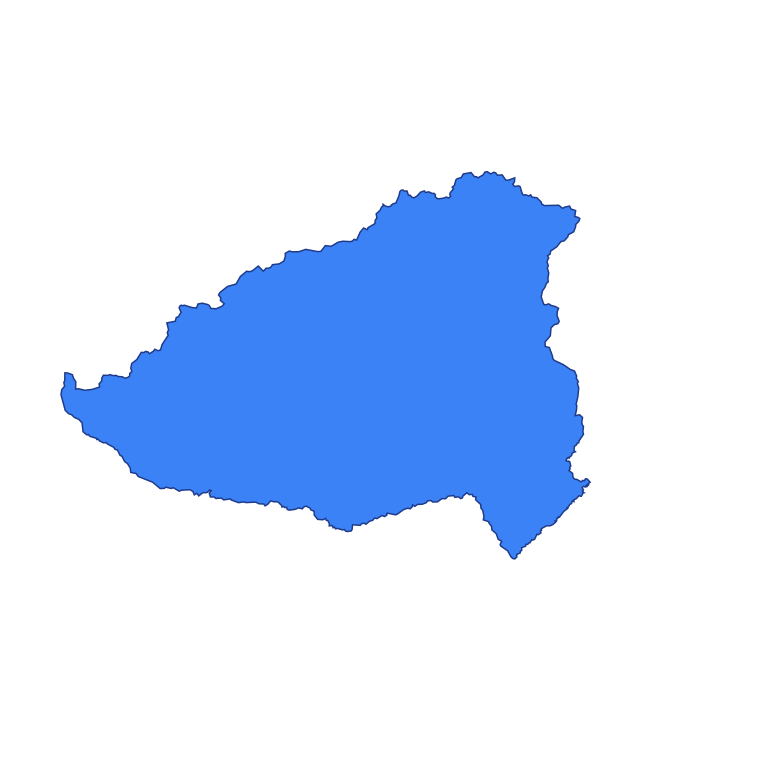 Rioblanco, Tolima, Colombia, rotated 49°
{"feature_id": "7082276B59142300136045", "entity_name": "Rioblanco", "entity_type": "district", "adm_level": 2, "iso_a3": "COL", "parent_name": "Colombia", "parent_adm1": "Tolima", "projection": "mercator", "projection_center": [-75.868, 3.473], "detail": "fine", "context": "isolated", "style": "filled", "palette": "blue", "viewbox_px": 768, "rotation_deg": 49, "n_neighbors": 0, "source": "geoboundaries", "source_scale": "gbopen_adm2", "svg_char_len": 6170}
<svg xmlns="http://www.w3.org/2000/svg" viewBox="0 0 768 768"><g transform="rotate(49 384 384)"><path d="M166.2,617.5L171.8,622.5L172.9,624.7L176.1,626.5L176.9,631.0L180.2,634.8L194.8,641.9L199.5,641.5L202.3,639.9L206.0,639.6L210.6,637.5L215.3,637.4L222.5,642.4L226.2,641.9L227.6,641.5L228.0,640.4L230.7,640.2L236.5,636.6L237.4,637.2L238.0,636.0L240.1,636.1L244.2,634.4L246.2,632.0L247.8,632.1L254.4,629.5L256.7,629.9L259.0,628.5L264.5,630.0L266.7,629.2L272.5,630.6L275.8,629.8L281.0,630.7L284.6,633.1L288.9,629.8L292.5,630.2L306.4,623.0L316.1,621.5L318.6,618.3L318.7,616.4L323.4,613.0L323.9,611.1L330.5,608.9L331.4,606.3L336.5,599.8L339.7,598.7L343.2,599.9L343.8,596.9L346.9,597.2L347.2,591.9L349.7,589.1L349.7,584.9L351.2,584.4L351.6,587.4L355.3,589.1L357.9,586.3L360.1,586.0L363.3,581.6L366.3,581.0L370.0,575.2L371.1,575.5L378.2,571.6L380.7,567.5L383.0,565.9L389.0,558.3L392.3,557.0L395.8,553.4L398.0,553.7L398.5,550.4L397.8,546.2L400.4,544.6L403.3,541.4L408.6,541.0L410.0,541.7L410.6,540.1L412.3,539.8L413.3,538.4L415.3,539.3L417.2,538.1L420.4,533.1L421.4,529.8L424.6,527.6L424.2,525.4L425.0,523.0L429.3,521.2L430.9,521.8L434.2,520.2L437.1,522.6L442.6,522.9L446.3,519.3L447.2,516.2L449.0,517.0L450.3,516.0L453.6,516.9L455.1,518.4L456.9,515.9L459.1,516.7L459.5,515.3L461.5,515.6L462.5,513.8L466.9,511.1L467.9,509.3L469.9,509.5L471.6,508.1L473.4,505.1L472.7,503.3L469.6,500.1L475.0,494.8L474.8,492.6L475.6,490.6L478.0,489.6L478.1,484.7L479.5,482.0L478.9,479.2L481.0,477.6L482.0,471.7L484.4,470.6L484.8,467.8L483.6,467.0L483.7,466.2L490.2,461.2L490.9,459.7L491.7,451.3L493.4,447.5L495.4,446.1L495.2,443.2L494.1,441.7L496.6,441.0L496.8,437.8L499.9,433.9L501.3,430.0L500.8,427.8L502.8,425.0L505.0,424.7L508.0,421.0L508.5,415.5L511.0,412.8L510.7,409.2L514.0,404.5L516.0,404.9L518.1,401.7L520.8,401.3L521.4,399.6L520.4,398.0L520.5,392.8L523.4,392.3L525.3,389.8L527.2,390.6L529.5,388.7L531.5,390.8L538.3,390.1L541.4,392.3L543.9,392.3L549.5,395.4L551.7,398.2L556.8,395.2L557.8,396.0L561.9,396.2L564.9,398.3L570.6,397.5L576.1,399.7L579.9,398.4L581.3,401.6L582.8,402.2L590.9,400.1L598.0,401.6L600.4,401.2L601.8,400.0L601.7,397.2L599.7,395.6L600.9,392.2L599.8,391.0L599.9,389.2L597.8,387.5L599.3,383.6L598.1,382.0L599.3,380.8L599.0,379.1L599.6,378.0L598.4,374.4L599.4,374.1L600.0,372.2L597.7,367.1L598.8,366.7L599.4,363.4L597.4,362.1L597.8,361.2L596.4,360.2L597.7,354.2L600.0,351.7L600.9,348.4L600.8,344.9L599.7,344.7L600.6,343.7L598.8,341.5L599.3,341.0L598.7,339.3L599.6,339.0L598.1,332.0L598.4,327.1L597.4,326.9L597.9,326.1L596.8,322.9L597.2,320.9L595.9,318.5L597.4,317.8L595.9,316.6L596.7,313.9L596.2,310.3L598.2,308.8L596.9,305.4L597.3,304.5L596.0,305.1L595.7,304.2L594.8,304.2L594.7,302.9L592.1,302.5L592.1,300.5L593.7,299.8L593.2,297.1L594.5,298.0L594.3,295.6L593.2,294.9L593.4,292.9L589.1,292.9L587.7,294.1L588.5,296.2L587.1,297.3L587.2,299.4L582.4,301.1L580.8,302.7L578.3,302.5L575.2,300.3L570.6,301.2L570.1,299.1L568.6,298.5L568.5,296.9L564.8,294.9L563.4,295.1L563.3,295.9L561.1,296.9L560.0,294.0L561.4,292.9L560.6,292.2L561.2,291.0L560.7,288.6L559.5,287.5L560.7,284.0L558.9,284.3L556.0,281.2L556.2,278.9L555.5,276.9L556.1,275.6L554.9,274.1L552.8,266.4L550.6,265.3L546.8,261.2L544.8,261.2L542.2,259.4L539.5,256.1L535.6,256.5L533.3,260.5L529.8,255.7L526.8,252.7L525.4,252.4L520.9,246.2L514.8,239.7L510.3,237.6L509.7,235.8L505.7,235.1L504.4,233.4L499.1,231.7L495.2,233.9L487.2,235.9L477.9,240.0L475.3,239.9L473.6,238.6L465.0,235.3L461.5,237.7L458.0,235.0L456.7,226.8L451.2,221.1L450.9,216.7L452.6,213.1L451.7,210.7L445.7,208.4L442.8,205.4L441.4,202.6L437.9,203.9L434.6,206.2L431.6,207.1L430.4,209.9L428.8,211.2L421.5,208.3L417.8,203.6L416.5,198.9L414.7,195.6L414.6,193.0L411.8,191.0L408.4,186.9L403.5,184.6L402.5,182.4L398.5,180.7L396.9,177.0L394.4,176.4L395.0,173.7L393.0,170.9L393.8,163.5L392.6,157.3L394.2,153.8L393.5,148.7L392.3,146.9L393.6,140.9L390.9,136.0L389.5,134.9L388.9,129.9L387.6,127.7L386.0,128.0L382.7,130.1L378.8,125.6L374.6,128.1L371.5,127.2L369.0,131.7L368.7,133.9L363.7,134.9L354.6,145.9L351.7,146.9L350.0,146.0L343.8,146.4L340.1,149.7L337.5,149.2L337.1,151.3L334.1,153.0L332.8,154.9L330.8,154.7L324.3,151.8L322.9,152.3L320.5,155.9L317.9,155.9L317.0,152.9L314.2,150.1L311.6,156.8L309.9,158.3L303.7,157.6L300.8,161.5L297.8,161.2L296.2,162.3L295.5,165.6L291.5,166.8L290.3,168.6L291.2,172.3L290.0,177.9L288.3,178.2L286.8,179.7L281.5,179.6L277.5,186.3L278.9,190.2L277.1,194.1L277.2,196.0L280.3,200.5L280.2,203.4L282.3,203.5L283.1,208.6L283.9,209.8L286.2,210.8L285.9,213.3L283.8,214.3L282.8,217.2L279.5,222.0L276.1,222.5L274.8,221.0L272.9,221.2L271.7,222.7L268.4,224.1L266.6,227.1L264.7,226.9L263.2,230.7L263.8,235.6L263.2,239.1L261.2,240.5L258.4,240.5L257.7,241.8L253.4,240.0L251.6,242.3L250.2,242.3L249.1,243.6L249.2,245.8L252.0,249.6L255.2,256.3L254.0,258.9L253.7,260.9L254.2,261.9L253.3,264.3L250.6,266.3L247.8,266.8L249.0,268.0L248.9,269.8L250.4,273.3L250.4,278.2L254.0,280.5L254.7,283.2L257.0,285.7L255.5,293.4L256.6,295.2L252.9,297.1L253.7,302.3L257.4,310.3L255.2,311.6L255.4,314.2L254.2,316.3L249.3,321.3L246.8,325.8L245.5,333.4L241.1,337.5L242.5,344.6L240.8,347.0L231.0,354.8L228.5,361.1L224.3,366.3L221.5,368.3L220.6,372.8L223.0,374.8L225.5,378.8L224.6,384.2L220.8,389.9L221.6,392.6L221.0,395.0L219.3,397.0L219.7,401.1L212.5,401.5L212.3,408.2L211.4,411.4L208.8,413.7L208.6,421.8L211.5,430.0L207.7,438.2L207.3,447.9L208.3,450.5L212.1,450.7L213.6,452.7L218.6,451.9L219.1,455.1L217.1,461.3L213.3,465.1L210.2,464.4L208.6,464.8L203.8,468.1L201.6,471.9L203.6,475.6L200.5,478.6L193.4,483.1L193.0,484.5L191.5,485.3L191.3,487.3L192.2,488.7L196.8,490.1L198.3,495.2L197.5,497.1L199.7,500.4L195.4,507.8L201.7,511.0L203.1,513.9L205.7,515.0L208.6,525.5L211.7,530.4L210.5,532.8L207.4,534.2L208.0,536.7L207.2,541.2L204.9,541.1L203.1,542.4L202.7,544.5L200.9,546.5L203.4,554.6L203.0,560.9L205.9,564.7L209.2,566.2L209.2,569.0L211.0,570.6L211.1,572.5L209.8,575.7L207.1,576.6L203.8,579.8L201.8,580.5L200.0,582.9L197.1,584.7L196.3,586.8L193.3,590.0L194.2,592.7L196.5,595.2L197.0,599.0L199.7,600.6L196.7,607.6L192.5,613.9L187.1,617.7L185.6,620.1L180.0,615.1L176.3,614.6L172.5,613.1L168.1,615.6L166.2,617.5Z" fill="#3b82f6" stroke="#1e3a8a" stroke-width="1.5"/></g></svg>